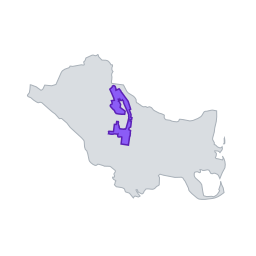 Tejen, Ahal, Turkmenistan shown in context, rotated 188°
{"feature_id": "10190150B49022220136906", "entity_name": "Tejen", "entity_type": "district", "adm_level": 2, "iso_a3": "TKM", "parent_name": "Turkmenistan", "parent_adm1": "Ahal", "projection": "robinson", "projection_center": [60.242, 38.323], "detail": "fine", "context": "in_parent", "style": "filled", "palette": "violet", "viewbox_px": 256, "rotation_deg": 188, "n_neighbors": 0, "source": "geoboundaries", "source_scale": "gbopen_adm2", "svg_char_len": 6144}
<svg xmlns="http://www.w3.org/2000/svg" viewBox="0 0 256 256"><g transform="rotate(188 128 128)"><path d="M74.6,85.6L86.2,86.2L89.8,86.7L91.3,85.1L91.2,84.7L90.7,84.4L89.9,83.3L89.2,76.0L90.2,75.0L91.4,74.2L93.1,71.9L94.0,71.2L95.3,70.7L99.8,70.5L101.7,70.1L103.3,67.5L103.6,65.9L104.8,64.7L105.5,64.7L108.5,65.8L109.2,66.3L110.2,68.2L111.3,68.1L111.5,67.8L111.3,67.4L110.5,66.2L108.6,64.0L106.8,62.7L106.6,62.2L108.2,61.1L111.4,61.6L112.2,61.2L113.0,59.5L117.2,63.4L118.0,63.8L121.3,64.3L121.9,64.8L123.0,67.1L124.1,67.7L125.5,68.1L131.4,68.2L133.3,69.7L133.6,70.0L133.2,71.1L133.1,73.1L132.6,73.9L133.0,74.3L135.1,75.1L136.3,76.4L136.4,77.0L136.1,77.4L135.1,77.2L134.6,77.8L134.6,78.8L135.3,79.8L135.5,80.7L134.5,82.8L134.5,83.7L134.8,84.2L140.1,87.4L141.0,87.5L146.2,86.9L147.2,87.3L151.7,88.0L153.0,87.9L153.8,86.9L154.6,86.5L155.4,86.4L157.6,87.1L159.9,88.4L161.4,89.7L162.1,90.8L164.3,97.0L165.6,99.6L167.3,100.9L168.4,103.3L169.5,108.6L170.1,109.7L172.6,111.8L185.3,120.5L189.2,124.4L195.1,128.2L197.3,127.7L202.0,131.7L205.0,133.3L208.8,135.7L216.9,141.1L218.6,141.3L220.5,140.5L222.2,141.0L225.2,142.4L228.5,144.5L231.3,145.2L232.1,146.1L232.1,146.6L230.6,149.3L230.5,152.6L230.8,157.2L230.0,157.2L224.6,156.0L219.4,153.2L218.2,154.1L217.6,155.0L216.4,158.9L209.4,159.2L205.4,161.1L201.8,173.8L201.0,175.4L198.8,177.4L194.8,179.5L194.2,180.3L194.1,181.1L193.6,181.3L191.4,181.3L183.0,184.1L181.2,184.1L180.4,184.3L180.1,184.8L181.1,187.3L180.3,188.1L179.8,189.3L179.4,191.5L173.9,195.0L172.7,195.4L170.5,195.0L169.3,195.4L168.2,196.5L167.6,196.2L167.3,195.1L166.7,194.3L163.3,191.6L159.3,192.0L157.8,191.8L156.6,191.3L154.8,189.7L153.6,188.2L152.4,188.4L152.0,187.7L152.0,186.8L152.3,185.8L152.2,183.9L151.5,182.5L150.7,181.9L151.6,179.7L151.6,178.1L151.0,176.3L150.8,173.7L150.9,171.2L150.2,169.9L138.5,170.0L134.3,164.1L132.6,162.7L126.9,160.2L125.3,158.9L124.0,157.4L123.6,155.4L123.0,154.2L122.1,154.1L117.6,151.7L115.8,151.1L113.3,151.7L111.8,151.0L110.1,151.9L109.4,152.0L107.5,151.4L105.2,149.3L103.3,148.5L99.3,147.1L96.5,146.7L94.0,145.9L93.8,145.6L93.7,143.8L93.4,143.0L92.7,142.2L91.7,141.5L87.4,141.5L85.5,140.9L83.9,140.8L80.5,140.9L79.4,141.4L78.8,141.9L78.3,143.7L78.0,143.9L74.7,144.0L67.7,143.6L64.7,144.5L60.1,147.2L57.4,149.4L56.7,150.4L55.0,154.4L54.3,155.0L53.4,155.4L52.5,155.5L48.3,157.1L46.7,157.5L42.6,157.3L41.7,151.4L41.5,146.7L42.1,140.2L42.0,136.1L42.8,129.8L42.6,128.3L40.5,125.5L40.3,123.6L39.0,123.4L36.9,121.8L34.9,121.2L33.8,121.2L32.9,121.6L32.2,122.6L31.7,121.1L31.8,119.5L33.5,116.4L34.5,117.3L35.8,117.7L38.9,117.5L38.6,116.4L37.0,115.3L36.8,113.8L36.9,112.3L37.4,110.9L36.9,110.3L36.2,110.0L34.5,110.0L30.0,109.5L29.5,111.2L30.6,113.4L28.7,110.9L27.4,108.3L26.6,105.3L26.5,102.1L28.4,97.0L30.0,90.7L31.6,93.3L32.8,94.5L35.6,95.3L36.9,95.1L38.3,94.4L39.7,94.6L41.8,97.4L43.4,97.7L46.6,96.6L48.2,96.4L49.5,96.9L50.9,96.9L50.3,95.6L50.1,94.3L50.9,93.7L53.4,94.4L55.5,93.6L55.8,93.3L56.1,92.2L55.8,90.1L55.4,89.2L54.3,87.9L49.8,84.9L48.3,83.6L47.1,82.1L45.2,75.8L43.8,71.8L43.2,71.4L40.6,71.0L35.6,72.0L33.8,71.8L33.0,72.2L30.9,73.9L30.0,75.3L28.5,78.6L29.5,79.7L28.5,85.2L28.9,87.6L28.7,87.8L27.3,84.8L25.4,81.9L23.9,77.4L26.9,74.5L29.5,72.4L32.3,70.8L35.2,69.8L41.6,68.1L45.1,67.6L47.9,67.5L50.1,68.4L55.9,72.1L58.4,74.1L59.1,74.9L59.8,76.9L64.0,83.2L65.0,84.1L66.6,86.1L68.2,86.7L74.6,85.6ZM31.3,130.9L31.1,131.7L30.4,129.2L30.0,126.4L30.6,125.6L31.1,125.6L30.6,126.7L31.3,130.9Z" fill="#d9dde1" stroke="#a8b0b8" stroke-width="1"/><path d="M139.0,120.4L137.3,120.4L137.2,120.5L137.2,119.3L137.1,118.8L137.0,118.5L136.6,117.9L135.8,117.8L134.5,118.1L134.3,118.2L133.9,118.3L133.7,118.3L133.0,118.1L132.9,118.1L132.8,117.4L132.8,117.2L132.6,111.2L125.2,111.1L125.2,111.3L125.3,111.3L125.4,111.6L125.5,112.1L125.2,112.5L125.2,119.9L125.1,120.2L124.8,120.4L124.8,120.7L124.9,121.0L124.9,121.8L124.9,122.9L125.1,123.1L125.1,125.8L126.3,126.2L126.5,126.3L126.8,126.4L126.8,126.5L126.9,126.8L127.1,127.2L126.9,128.0L126.4,128.8L125.5,129.3L125.5,130.6L125.5,131.5L125.6,133.9L125.6,135.1L126.9,135.2L127.0,135.2L127.1,136.7L125.6,136.8L125.5,138.8L126.4,139.1L126.8,139.2L126.8,141.5L127.0,142.0L128.9,145.6L129.2,146.2L129.2,146.3L128.4,146.8L128.0,147.0L128.2,147.5L131.6,154.5L134.1,157.1L135.7,158.7L137.0,160.1L138.1,161.2L138.6,161.7L138.6,161.8L139.5,162.4L140.2,163.6L141.5,164.9L142.3,165.6L145.2,163.6L145.4,164.0L145.0,164.6L145.5,165.3L145.9,166.1L146.3,167.1L147.0,167.7L147.1,167.8L147.3,167.8L147.7,167.9L148.1,168.0L148.2,167.9L149.2,167.4L149.4,166.3L149.8,165.8L150.0,165.5L150.1,165.3L150.8,164.7L151.2,164.2L151.4,163.9L151.2,163.6L150.8,162.9L148.7,159.7L148.3,159.0L147.4,157.5L146.4,155.9L146.2,155.6L146.2,155.4L145.4,153.5L148.2,152.8L148.1,152.6L147.6,151.5L147.3,150.9L147.1,150.6L147.3,149.2L148.4,148.8L148.6,148.0L148.7,147.9L148.4,146.9L145.4,144.4L143.9,143.5L143.1,142.0L141.7,140.7L138.9,140.6L137.7,140.7L136.8,140.7L136.2,140.7L135.5,140.8L134.8,140.9L134.6,141.0L134.2,141.1L133.8,141.1L133.2,141.1L133.1,141.4L133.1,141.8L133.2,142.6L133.2,142.9L133.2,143.2L133.1,143.7L133.2,144.3L136.7,146.2L137.9,146.9L138.0,146.9L138.6,147.2L138.6,150.5L139.4,151.4L139.9,152.3L140.5,153.0L140.9,153.1L141.1,153.1L141.0,153.9L141.2,154.3L141.3,154.4L141.6,154.8L141.6,155.2L141.1,155.1L140.9,154.9L140.8,154.7L140.7,154.5L140.3,154.4L140.2,154.4L139.9,155.1L139.9,155.3L139.7,155.1L139.4,154.5L139.2,154.2L138.1,154.3L137.8,154.5L137.5,155.1L136.9,154.5L136.7,154.4L136.2,154.0L136.2,153.2L136.0,152.6L134.9,150.7L132.2,146.4L131.9,145.8L129.1,141.2L129.0,140.2L129.0,139.6L128.9,139.3L128.6,138.6L128.6,138.4L128.8,135.9L128.9,134.9L129.0,133.6L129.2,132.4L129.7,128.7L129.8,127.9L129.9,127.6L130.1,127.2L130.6,126.4L130.9,126.4L131.6,126.6L132.0,126.2L136.0,126.1L137.0,127.7L136.9,128.2L137.9,130.0L138.3,130.8L138.3,131.8L138.2,132.3L138.5,133.0L140.1,132.9L140.2,129.9L142.0,129.7L141.9,124.8L141.9,124.2L141.9,122.4L145.2,122.2L145.3,122.2L146.5,122.1L146.8,121.5L146.4,120.9L146.3,120.3L146.5,119.6L146.3,119.6L145.0,119.5L144.7,119.5L143.0,119.6L142.0,119.8L141.9,119.9L141.4,120.0L140.7,120.3L139.0,120.4Z" fill="#8b5cf6" stroke="#5b21b6" stroke-width="1.5"/></g></svg>